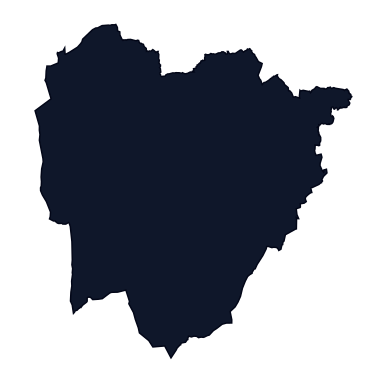 Lier nor, Buskerud, Norway (Equal Earth projection), rotated 271°
{"feature_id": "86288312B74882659121257", "entity_name": "Lier nor", "entity_type": "district", "adm_level": 2, "iso_a3": "NOR", "parent_name": "Norway", "parent_adm1": "Buskerud", "projection": "equal_earth", "projection_center": [10.309, 59.848], "detail": "fine", "context": "isolated", "style": "filled", "palette": "ink", "viewbox_px": 384, "rotation_deg": 271, "n_neighbors": 0, "source": "geoboundaries", "source_scale": "gbopen_adm2", "svg_char_len": 6019}
<svg xmlns="http://www.w3.org/2000/svg" viewBox="0 0 384 384"><g transform="rotate(271 192 192)"><path d="M25.8,173.9L33.7,178.9L35.7,179.8L38.9,182.7L39.0,183.3L40.8,183.8L41.7,188.1L44.2,189.8L44.4,190.4L45.2,190.3L47.8,191.0L47.1,194.0L47.9,196.4L47.8,199.1L46.5,201.1L47.1,203.6L46.9,205.8L47.2,206.9L48.6,209.6L49.3,211.8L53.7,215.7L56.5,219.7L60.3,224.4L61.6,228.8L61.7,234.0L64.9,234.0L73.1,232.2L77.9,237.1L82.8,239.9L88.5,242.3L96.7,244.1L103.8,246.8L108.5,249.1L110.3,251.1L111.8,253.5L112.7,253.5L115.9,255.3L116.3,256.5L120.7,258.4L129.8,264.0L136.3,267.1L138.8,267.7L139.0,269.0L137.8,272.8L138.2,274.6L138.0,277.6L136.4,279.2L135.1,279.8L136.3,281.9L140.6,282.8L141.0,283.6L143.3,283.7L144.5,284.8L150.9,286.1L156.8,296.3L156.9,297.0L166.8,297.0L168.1,296.7L167.2,298.3L167.2,299.1L171.2,297.3L177.1,296.5L178.4,300.3L178.9,300.6L182.1,300.5L182.8,304.3L184.4,306.4L187.2,305.3L189.2,305.9L191.7,308.5L193.4,310.8L193.6,311.8L197.8,310.7L198.5,311.3L198.6,312.2L201.8,318.8L203.2,320.3L203.6,321.3L204.0,321.2L205.3,322.3L206.7,321.6L209.9,323.2L213.4,326.6L217.1,326.0L216.3,323.4L214.1,323.5L213.9,323.2L215.6,322.8L215.2,322.1L220.6,319.5L222.9,319.6L229.0,321.3L232.1,320.4L230.8,315.5L233.4,314.3L236.0,313.8L237.0,314.2L241.1,314.3L240.9,314.9L241.0,315.4L240.8,316.9L241.1,317.1L240.5,318.0L240.9,318.8L243.9,318.7L244.4,319.5L246.0,319.8L248.9,319.7L251.1,318.5L250.8,317.9L252.2,317.6L252.4,317.9L253.6,317.7L254.3,317.5L254.4,317.0L258.6,317.3L258.9,317.1L258.9,316.2L259.4,316.4L259.6,317.3L260.4,317.9L261.5,317.6L261.3,318.5L261.5,319.1L262.3,319.5L263.0,320.9L262.3,322.1L262.8,323.9L262.0,325.7L262.0,327.6L262.6,327.7L262.6,328.1L262.0,328.0L262.0,328.6L262.6,328.6L262.6,330.0L263.0,330.7L264.5,331.7L268.1,332.5L269.9,331.8L270.5,331.1L269.7,330.7L270.7,329.6L273.3,329.2L274.6,329.8L276.3,329.5L278.1,330.0L278.6,329.8L279.2,330.3L279.5,330.8L279.2,331.6L277.9,332.1L277.3,332.7L277.4,333.2L278.7,334.1L278.9,335.0L277.3,336.1L276.7,336.1L276.8,336.7L277.5,337.0L278.1,338.0L279.1,338.4L279.3,338.8L278.6,338.9L278.5,339.5L278.9,339.8L278.7,340.6L279.3,341.6L279.1,342.5L279.5,342.7L279.1,344.3L279.4,345.3L280.7,345.6L282.0,347.7L283.7,348.2L286.1,346.6L287.3,346.6L287.2,348.4L287.8,348.9L289.1,349.0L290.1,349.9L289.5,350.3L290.8,349.9L290.3,349.8L290.9,349.2L292.1,349.1L292.7,348.7L293.0,347.7L294.8,347.1L294.5,346.9L294.8,346.8L295.8,346.6L296.8,345.8L296.7,345.4L297.6,345.0L296.8,343.4L296.7,342.5L296.3,342.4L297.1,341.4L298.2,333.7L298.8,332.0L298.7,331.2L298.1,330.7L297.9,329.7L299.3,328.4L298.6,327.0L298.8,326.8L298.7,325.8L297.8,325.3L297.8,324.9L297.3,324.0L297.5,322.9L297.3,322.4L297.9,322.2L297.8,318.6L299.5,315.0L298.9,313.8L297.5,313.0L295.7,310.1L294.3,309.6L293.3,308.7L294.9,308.0L294.6,306.8L295.6,301.4L294.9,298.8L295.5,298.2L289.9,297.7L287.8,298.0L289.1,293.7L288.5,291.7L292.8,289.9L294.8,288.1L295.0,286.8L298.1,286.3L301.1,282.6L302.9,282.0L305.8,279.0L306.8,277.1L309.4,275.2L310.7,275.4L310.5,274.7L309.6,274.4L310.0,274.0L309.2,272.8L309.1,271.5L308.2,271.0L308.1,270.2L307.1,269.6L306.8,268.6L305.7,267.6L304.3,265.7L302.9,263.5L302.7,262.1L300.6,260.3L304.9,258.8L306.3,257.6L309.8,256.0L318.5,259.2L321.7,259.9L323.5,256.1L328.0,253.5L328.5,252.9L330.6,252.1L331.6,250.3L333.4,249.1L334.1,249.3L334.6,248.5L335.3,248.1L335.4,247.6L336.1,247.5L336.3,247.1L335.9,246.6L335.6,245.4L335.9,244.9L334.6,244.1L334.0,242.5L332.7,241.0L334.8,239.0L334.8,237.9L331.2,232.8L331.4,230.0L330.7,228.4L330.9,227.2L331.8,226.4L333.2,225.8L333.2,224.9L331.6,225.1L330.4,224.5L330.4,223.6L331.6,222.9L331.5,222.6L332.6,221.2L332.7,220.6L332.6,219.2L332.0,218.7L331.6,217.6L331.5,215.9L330.3,213.6L330.2,211.9L330.5,211.0L330.3,210.1L330.8,208.4L329.6,206.8L329.5,204.8L329.9,203.0L329.5,202.5L328.1,202.8L326.3,202.3L324.7,202.4L323.5,203.0L324.1,202.4L323.6,201.3L323.9,200.3L323.5,200.1L323.2,198.8L321.1,198.1L321.1,197.4L319.3,195.7L319.0,194.9L318.0,195.0L317.4,194.0L315.9,193.9L315.3,191.4L313.2,191.6L312.9,190.8L312.1,191.7L311.9,188.1L310.5,185.4L310.0,182.9L311.1,180.3L310.5,179.7L311.0,177.1L311.0,173.8L310.6,172.0L310.8,170.9L309.6,166.8L309.7,165.9L308.7,163.9L307.3,163.1L307.2,160.8L306.8,159.6L307.3,158.8L308.6,158.5L309.5,157.7L310.6,157.9L311.3,158.7L314.8,158.2L315.9,157.4L316.8,158.2L318.4,158.3L318.8,157.7L320.5,156.7L323.3,157.0L324.4,156.3L329.0,156.4L331.0,155.4L331.7,155.6L331.5,155.1L331.7,154.9L331.1,154.5L331.5,153.6L330.9,153.0L332.3,152.2L333.7,150.3L332.1,148.6L332.3,146.8L331.6,145.7L332.4,144.5L332.0,144.0L334.8,143.7L336.4,141.7L338.8,140.8L339.4,138.9L339.7,138.8L339.7,137.9L340.5,136.7L342.6,136.0L342.8,134.6L342.3,134.0L342.3,132.9L343.5,127.9L343.3,124.9L342.6,123.9L343.0,123.4L342.7,122.8L343.0,122.3L342.5,121.3L342.9,120.7L342.4,120.2L343.1,119.5L347.7,117.2L350.9,117.0L351.7,114.8L355.3,114.5L358.2,112.9L357.8,111.7L357.8,109.0L357.2,107.1L357.4,105.6L356.8,99.2L354.4,94.7L354.3,92.9L352.5,89.7L343.0,80.1L341.6,79.6L341.1,79.8L338.5,78.2L334.8,75.0L329.6,67.1L327.4,63.1L327.6,62.7L333.8,62.2L330.4,60.4L330.2,58.9L328.8,56.3L329.1,55.1L327.8,54.8L323.6,56.3L318.7,56.0L315.4,48.4L315.4,44.8L310.6,44.1L303.5,43.9L301.1,43.1L298.8,44.4L282.7,49.5L270.5,33.7L255.4,38.3L251.1,38.3L246.8,39.0L241.1,38.5L222.8,42.4L219.5,42.7L212.5,41.3L204.3,40.9L199.8,41.3L195.4,41.2L193.6,40.5L190.7,40.6L186.4,42.5L179.8,46.6L169.5,50.9L165.0,50.7L162.6,50.0L160.6,54.0L160.8,55.6L159.9,56.0L159.8,56.9L158.7,57.7L158.2,59.3L158.4,62.6L157.7,63.3L157.7,66.0L158.0,67.0L159.3,68.9L158.7,69.7L155.5,70.9L140.3,72.8L121.8,73.5L117.1,73.2L113.3,74.0L109.1,73.7L107.7,74.0L100.8,73.2L96.0,73.5L89.9,72.7L80.8,72.4L77.0,74.2L68.6,75.6L69.7,76.6L71.1,77.2L71.9,79.3L73.4,80.6L74.1,81.8L75.3,82.7L74.8,83.1L76.9,84.6L80.1,88.6L81.1,89.1L83.8,89.0L84.7,89.3L85.1,90.3L85.0,92.3L82.7,94.6L83.2,100.5L83.8,104.2L89.6,111.5L90.3,113.3L90.6,119.5L92.8,127.6L81.6,131.4L79.1,130.8L70.5,135.6L63.6,137.6L55.3,140.7L50.2,141.9L42.7,151.4L36.4,155.6L37.6,167.4L25.8,173.9Z" fill="#0f172a" stroke="#020617" stroke-width="1.5"/></g></svg>